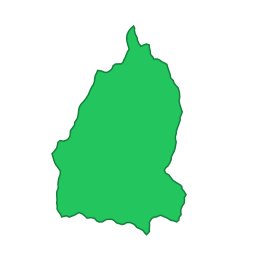 the district of São Francisco de Paula, Minas Gerais, Brazil, rotated 11°
{"feature_id": "56859067B89224130991777", "entity_name": "São Francisco de Paula", "entity_type": "district", "adm_level": 2, "iso_a3": "BRA", "parent_name": "Brazil", "parent_adm1": "Minas Gerais", "projection": "mercator", "projection_center": [-44.994, -20.695], "detail": "fine", "context": "isolated", "style": "filled", "palette": "green", "viewbox_px": 256, "rotation_deg": 11, "n_neighbors": 0, "source": "geoboundaries", "source_scale": "gbopen_adm2", "svg_char_len": 2462}
<svg xmlns="http://www.w3.org/2000/svg" viewBox="0 0 256 256"><g transform="rotate(11 128 128)"><path d="M58.3,167.8L59.6,170.2L61.0,173.0L62.6,175.8L64.4,178.1L66.3,179.7L68.0,181.3L69.9,183.3L70.3,186.7L69.7,190.3L69.7,193.0L69.9,196.2L71.0,200.0L70.3,204.1L70.6,206.5L71.4,209.5L72.1,212.4L72.3,215.4L73.4,218.0L73.8,221.0L75.9,223.5L78.5,225.8L79.9,228.0L82.1,226.9L84.5,225.9L87.3,226.7L89.5,225.3L91.8,223.9L93.7,222.4L95.8,220.4L99.5,221.0L102.7,222.7L105.1,224.3L108.7,223.0L112.4,223.1L114.9,225.1L117.6,225.8L120.9,224.9L123.9,222.1L126.8,221.2L130.0,220.7L132.4,221.7L134.8,223.3L137.9,223.6L140.5,223.9L142.7,222.9L144.6,221.2L148.1,220.4L151.1,221.0L153.3,221.9L155.5,223.8L159.1,224.7L162.3,225.7L164.5,227.8L166.6,229.2L168.8,225.5L168.1,222.7L167.8,219.8L167.0,216.3L168.3,212.7L170.3,210.6L172.6,210.0L174.7,208.6L176.6,207.4L179.0,207.9L182.6,208.6L185.2,209.4L187.5,210.4L190.7,210.4L193.7,210.9L195.5,208.6L195.2,205.8L196.7,203.0L195.6,199.5L195.5,197.1L196.2,194.1L197.5,191.0L197.2,188.0L196.6,185.6L197.7,182.4L195.3,179.7L192.8,177.6L191.9,175.1L190.0,173.8L187.7,173.1L185.5,172.2L183.3,171.4L181.4,170.2L179.4,168.5L177.0,166.3L173.7,165.2L171.7,162.5L172.6,159.9L174.2,158.0L175.7,154.3L176.4,151.0L176.1,147.8L176.8,145.0L177.6,142.6L178.1,139.2L178.0,135.9L178.0,132.6L176.7,130.0L176.1,127.1L176.4,124.6L176.1,121.3L176.5,118.1L177.0,115.6L177.3,113.1L177.7,110.3L177.1,107.7L177.7,104.8L178.2,101.9L176.4,98.8L174.4,95.1L172.9,91.6L172.9,87.8L171.7,83.4L169.6,79.1L166.6,76.9L164.6,75.1L163.4,72.9L160.3,70.7L159.2,67.5L157.6,64.8L155.6,61.3L154.0,58.1L151.2,57.2L148.5,56.5L146.5,55.4L143.5,54.7L140.3,55.4L138.3,53.2L136.1,51.5L135.2,48.4L133.6,45.0L132.9,42.4L130.0,42.0L127.6,43.5L125.1,45.3L122.6,43.1L120.7,40.3L119.5,37.3L117.1,34.3L115.7,31.1L115.4,28.6L114.0,26.8L111.6,30.1L110.1,33.2L109.3,36.8L109.6,40.3L110.8,44.0L112.4,47.2L114.1,50.3L113.0,53.2L112.4,56.2L111.9,59.1L111.0,61.8L110.5,64.7L109.1,66.4L106.3,66.9L103.3,67.7L101.5,69.9L100.9,73.2L99.1,75.5L96.9,77.4L94.3,77.8L91.1,77.1L87.2,77.3L86.7,80.2L85.9,82.5L85.9,85.9L86.2,89.0L85.7,92.1L84.5,95.0L83.5,99.0L82.7,102.9L81.4,106.4L80.2,109.0L78.9,111.2L77.5,113.4L76.4,116.2L76.1,119.1L76.4,122.1L76.6,125.1L76.5,128.0L75.5,130.5L74.6,132.7L74.9,135.4L73.5,138.5L72.0,141.6L72.4,144.2L72.6,147.3L71.4,150.1L69.4,152.1L66.8,153.3L63.7,153.3L62.0,155.4L62.0,157.9L61.9,161.2L60.1,164.8L58.3,167.8Z" fill="#22c55e" stroke="#15803d" stroke-width="1.5"/></g></svg>